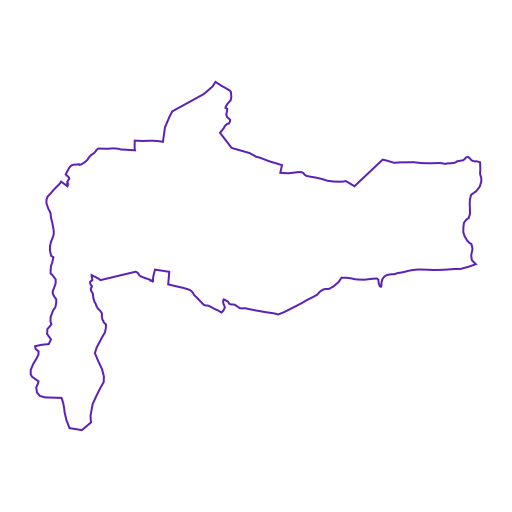 outline of Teteles de Avila Castillo, Puebla, Mexico
{"feature_id": "50627088B73546820144927", "entity_name": "Teteles de Avila Castillo", "entity_type": "district", "adm_level": 2, "iso_a3": "MEX", "parent_name": "Mexico", "parent_adm1": "Puebla", "projection": "albers", "projection_center": [-97.454, 19.852], "detail": "fine", "context": "isolated", "style": "outline", "palette": "violet", "viewbox_px": 512, "rotation_deg": 0, "n_neighbors": 0, "source": "geoboundaries", "source_scale": "gbopen_adm2", "svg_char_len": 5907}
<svg xmlns="http://www.w3.org/2000/svg" viewBox="0 0 512 512"><path d="M475.8,264.2L471.8,260.1L471.2,255.4L472.5,249.0L471.8,245.6L471.5,244.1L469.4,242.9L467.1,240.5L464.4,235.8L463.3,232.1L463.4,227.2L463.9,222.9L465.9,220.1L468.7,218.0L470.0,213.7L469.9,207.7L469.7,204.0L469.9,199.7L471.1,194.8L476.1,191.3L479.7,186.7L481.3,181.4L481.3,178.2L480.1,174.1L480.3,168.8L480.1,162.3L476.9,161.3L474.6,161.4L472.0,160.6L470.6,159.3L469.3,157.8L468.0,156.9L466.0,157.5L464.6,159.1L463.1,160.3L459.2,160.9L457.1,161.3L456.1,162.1L454.5,162.8L452.2,163.1L450.3,163.3L446.9,163.4L445.6,163.9L440.2,163.0L429.7,163.3L421.7,163.1L413.4,162.2L407.0,162.3L401.1,162.3L394.1,162.8L387.8,160.9L382.7,159.6L354.5,186.2L345.9,181.1L342.4,181.7L334.3,181.6L327.6,180.8L322.3,179.1L316.4,177.7L308.2,176.3L306.0,175.7L304.4,174.5L303.6,173.2L301.6,172.2L298.0,172.1L294.3,172.6L287.9,173.3L280.3,172.8L282.0,165.1L269.3,161.3L259.4,157.5L256.4,156.9L249.7,153.1L231.6,147.9L220.0,132.8L220.3,132.4L222.4,129.9L223.8,128.1L224.8,126.1L227.0,124.0L227.4,123.8L228.5,123.7L228.9,123.4L229.7,122.2L229.9,121.3L230.2,119.9L228.9,118.6L227.3,117.2L226.5,115.4L226.3,114.6L227.0,111.0L227.1,109.6L227.3,108.9L225.5,107.9L225.7,106.8L226.1,106.0L227.1,104.4L228.5,102.6L230.5,100.6L231.0,98.9L231.3,97.0L231.1,93.8L230.9,92.0L229.9,90.6L224.8,87.6L221.6,85.9L218.6,83.9L215.5,81.9L212.6,86.4L207.0,91.3L204.5,93.4L203.0,94.5L172.2,111.4L172.1,111.7L169.4,116.9L166.8,123.1L165.3,126.5L165.0,127.2L162.9,141.8L157.4,141.0L151.1,140.7L142.7,141.0L134.8,140.6L134.7,141.8L134.6,145.6L134.7,148.6L134.9,149.9L135.0,150.3L125.6,149.7L120.8,149.5L120.0,149.2L118.7,148.8L116.6,148.6L114.4,148.4L112.2,148.4L109.7,148.6L108.4,148.7L106.6,148.8L104.7,148.7L99.3,148.6L98.4,148.5L96.8,149.7L96.0,150.8L94.9,152.2L93.6,153.4L92.6,154.0L92.2,154.3L91.7,154.7L91.0,155.2L90.4,155.8L89.7,156.5L89.3,157.0L88.8,157.6L88.4,158.2L87.7,159.4L86.4,160.8L85.2,161.8L84.7,162.2L83.9,162.8L83.3,163.2L82.4,163.7L81.9,164.0L81.3,164.3L80.7,164.6L80.1,164.8L79.7,165.0L78.9,164.2L77.4,164.5L75.4,164.6L73.9,164.6L72.5,165.1L71.3,165.5L70.3,166.6L69.5,167.4L68.6,169.0L67.0,171.8L66.2,173.5L65.7,174.5L66.7,175.4L67.6,176.1L68.4,176.9L69.2,178.1L69.1,179.3L68.2,180.1L67.7,181.3L67.5,181.5L67.3,181.7L67.5,181.9L67.5,182.2L67.6,182.9L67.5,183.4L67.8,183.7L67.3,183.8L67.5,184.3L67.7,184.8L67.8,185.7L67.5,186.3L61.1,181.6L60.2,183.1L58.8,184.7L56.0,187.4L53.0,190.6L50.6,193.5L47.7,196.4L46.5,199.6L46.4,203.2L48.2,208.4L50.5,212.9L51.0,217.7L52.3,222.8L53.0,226.5L53.8,231.1L53.7,234.2L53.1,236.7L52.2,238.8L51.0,241.8L50.1,245.6L49.9,250.5L51.2,255.9L53.4,257.2L52.2,262.8L51.0,265.9L50.6,270.8L50.6,273.5L52.3,274.9L55.7,279.5L55.6,283.5L54.1,287.8L52.8,291.0L52.7,293.7L54.2,296.5L56.2,299.2L56.2,303.0L55.4,307.1L53.0,310.6L52.2,312.7L50.6,317.2L50.5,321.5L51.4,324.3L50.0,326.1L47.4,329.0L47.1,334.0L51.0,339.4L48.7,344.1L41.6,344.8L35.1,346.2L35.6,349.0L38.6,351.4L38.4,354.8L36.1,359.2L33.0,364.4L30.7,370.1L30.7,374.4L32.1,376.8L38.5,381.3L38.1,383.3L36.2,387.4L37.0,392.5L39.8,395.9L43.2,396.9L45.0,397.4L61.5,397.9L63.1,402.6L64.1,407.9L64.6,412.3L66.4,420.0L69.5,428.1L81.9,430.1L91.0,422.4L90.5,415.9L92.6,404.2L96.1,396.5L100.1,388.4L103.7,382.1L103.9,376.4L102.0,369.1L98.1,360.8L94.9,353.1L96.7,347.4L102.0,337.4L104.9,332.5L105.8,328.4L106.0,324.5L103.7,322.3L103.3,320.8L103.1,320.7L102.9,320.4L102.7,320.2L102.4,319.5L102.4,319.1L102.3,318.8L102.2,318.4L102.1,318.1L102.1,317.6L102.0,317.2L101.8,316.5L101.9,315.8L102.0,314.9L101.9,313.9L101.8,313.3L101.6,312.7L99.5,310.0L98.8,309.4L98.1,308.8L97.4,307.8L97.1,307.1L96.5,306.2L96.1,305.2L95.8,304.0L94.5,301.8L94.0,300.1L93.4,298.4L93.4,297.4L93.2,296.7L93.1,296.1L93.0,295.4L93.0,294.7L92.7,293.6L92.5,293.0L92.1,292.3L91.1,290.7L90.9,290.5L90.9,289.6L90.9,288.8L91.0,288.4L91.1,288.0L91.4,287.3L91.8,286.9L91.9,286.7L91.9,286.4L91.9,286.1L91.6,285.7L91.2,285.4L91.0,285.0L90.7,284.7L90.5,284.1L90.3,283.6L90.2,283.2L90.1,282.7L90.1,282.4L90.1,282.1L90.2,281.9L90.5,281.4L90.8,281.2L91.2,281.0L91.5,280.8L92.1,280.4L92.3,280.3L92.3,279.6L92.2,279.2L92.1,278.8L92.1,277.8L92.0,277.4L91.7,276.9L91.6,276.5L91.7,275.9L91.6,275.5L91.6,275.1L96.0,277.3L99.1,279.0L100.5,280.1L135.7,271.7L136.1,271.9L136.5,272.1L136.8,272.3L137.5,272.6L137.8,272.9L138.0,273.2L138.2,273.6L138.5,273.9L138.8,274.3L139.2,275.0L139.5,275.4L140.1,275.9L140.9,276.4L142.3,277.0L145.8,278.3L150.5,279.9L150.4,280.6L152.2,280.9L152.7,281.5L153.0,281.3L153.0,279.0L153.4,275.9L155.0,269.6L169.2,271.8L169.2,272.6L168.2,284.4L177.5,286.6L180.6,287.3L183.4,287.9L186.6,288.9L189.7,289.9L191.6,291.2L193.3,293.4L194.1,295.1L196.0,296.8L198.6,299.4L200.2,301.2L200.8,301.8L201.5,302.5L202.0,303.0L203.1,304.1L204.0,304.9L205.2,305.4L206.6,305.5L207.7,305.6L209.0,305.9L215.1,309.2L217.8,310.3L221.5,312.5L223.2,310.7L224.3,308.8L224.8,307.5L224.3,305.6L223.5,303.9L223.2,302.4L223.2,300.3L223.8,299.4L226.0,300.5L228.0,301.7L229.3,303.8L230.8,304.4L234.5,304.6L237.6,306.7L239.9,308.2L241.6,308.4L244.4,308.2L246.4,308.5L251.0,309.5L256.1,310.5L264.8,312.0L272.9,313.2L276.9,314.0L278.0,314.5L283.4,312.5L293.8,307.2L297.2,305.5L303.2,302.3L306.6,300.2L313.3,296.9L317.2,294.7L318.8,292.9L320.1,291.5L322.0,290.2L324.1,289.2L326.2,289.0L328.7,288.9L329.7,288.6L333.7,286.2L338.7,282.0L341.4,277.7L347.4,277.8L351.9,278.5L355.3,279.3L359.6,279.6L364.6,279.7L372.1,278.8L376.6,278.5L377.4,278.8L378.3,279.8L378.5,281.7L379.0,284.0L379.5,285.6L380.1,286.4L380.9,286.8L381.3,286.3L381.4,285.2L381.4,283.4L381.8,281.3L382.3,279.4L383.0,278.3L384.3,276.6L386.3,275.3L388.5,274.7L390.9,274.3L393.8,274.2L395.1,274.0L397.4,273.1L398.6,272.9L400.3,272.7L403.0,272.2L406.7,271.3L408.5,270.8L411.1,270.3L414.8,269.8L418.1,269.5L420.6,269.5L426.5,269.7L434.0,270.0L440.0,269.9L446.4,269.6L451.5,269.2L455.2,269.0L460.8,268.9L464.6,267.8L468.5,266.8L472.4,265.4L475.8,264.2Z" fill="none" stroke="#5b21b6" stroke-width="2"/></svg>